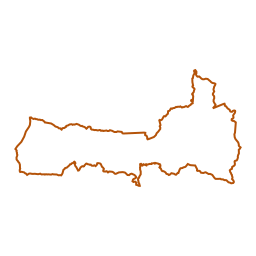 outline of Araguaína, Tocantins, Brazil
{"feature_id": "56859067B12286384319229", "entity_name": "Araguaína", "entity_type": "district", "adm_level": 2, "iso_a3": "BRA", "parent_name": "Brazil", "parent_adm1": "Tocantins", "projection": "orthographic", "projection_center": [-48.582, -7.252], "detail": "fine", "context": "isolated", "style": "outline", "palette": "amber", "viewbox_px": 256, "rotation_deg": 0, "n_neighbors": 0, "source": "geoboundaries", "source_scale": "gbopen_adm2", "svg_char_len": 5915}
<svg xmlns="http://www.w3.org/2000/svg" viewBox="0 0 256 256"><path d="M15.4,149.0L16.3,150.0L16.7,150.7L16.5,151.5L17.0,152.8L16.9,153.9L17.3,154.6L17.3,155.3L16.5,157.5L16.6,159.5L17.4,160.6L18.0,161.2L18.1,161.7L19.2,162.8L19.9,164.7L20.0,168.1L20.2,168.6L19.7,170.0L19.8,171.3L20.2,172.0L21.6,171.8L24.2,172.4L25.1,173.3L26.0,173.6L27.1,174.9L29.1,173.6L30.3,173.5L32.2,173.9L35.0,173.8L38.1,174.2L40.3,173.7L41.4,174.4L44.5,174.3L44.9,174.6L46.0,174.2L47.2,174.5L48.0,174.3L51.1,174.6L52.5,174.1L53.7,174.4L56.7,174.5L58.6,175.3L60.4,175.1L61.1,175.4L61.8,174.6L62.5,173.3L63.4,169.9L64.9,168.6L65.2,168.0L66.7,167.7L69.6,165.1L69.9,164.4L71.2,164.1L71.6,163.4L73.2,162.9L73.7,162.2L74.3,161.7L75.0,162.2L75.4,163.2L74.7,164.1L75.4,166.1L76.3,167.1L78.1,170.6L78.7,170.5L79.3,169.9L80.5,167.5L81.9,166.4L82.6,166.2L83.3,166.5L84.1,166.2L84.3,165.6L86.1,163.7L86.7,163.6L87.7,164.2L89.0,164.4L89.8,164.8L90.7,164.6L91.6,165.6L93.2,165.8L94.3,165.3L95.6,166.1L96.9,164.7L97.2,163.3L97.9,163.1L99.3,163.3L100.3,163.6L100.8,164.1L102.0,166.8L103.1,167.7L103.9,168.9L103.3,170.2L103.2,170.9L103.6,171.4L105.3,171.6L106.4,171.2L107.0,171.4L107.8,172.4L108.4,172.3L108.8,171.7L109.5,171.5L112.3,171.8L113.5,172.4L114.7,173.6L115.2,173.8L115.9,173.8L118.9,172.4L122.7,172.1L124.8,172.5L125.3,172.8L127.5,175.0L129.1,175.1L130.4,174.0L131.7,173.7L134.5,175.0L135.9,176.5L136.2,177.5L135.0,178.4L133.5,179.1L133.0,179.6L132.5,181.3L133.5,182.0L135.0,181.6L135.6,181.8L136.3,183.0L136.1,183.9L136.2,184.8L137.3,185.1L139.1,185.9L139.8,185.8L139.1,183.3L138.5,182.6L138.4,181.8L138.5,181.2L138.2,180.5L138.0,179.0L138.3,178.2L139.1,177.7L139.2,176.8L140.7,174.3L140.7,171.5L140.1,169.5L140.1,168.0L140.0,167.3L140.3,166.7L140.1,164.2L141.0,163.8L141.8,164.4L141.5,165.1L141.9,165.5L142.5,165.6L143.7,164.3L144.2,164.7L145.0,164.9L145.6,164.5L145.9,165.2L146.4,165.4L146.7,164.4L147.3,164.6L149.7,163.9L151.4,164.0L151.7,163.4L152.4,163.5L153.1,163.2L154.1,163.1L154.8,163.6L155.2,162.9L158.4,163.7L158.9,164.2L159.7,164.1L160.0,164.8L160.4,165.2L160.3,166.4L159.8,166.7L159.5,167.4L160.1,167.7L160.2,168.2L160.8,168.5L161.7,170.6L162.3,171.1L163.2,171.1L164.5,171.7L165.6,172.5L166.4,173.8L168.3,174.4L168.8,175.0L169.6,174.8L171.4,173.2L174.1,173.8L175.5,174.7L176.1,174.7L177.7,172.9L178.4,173.0L179.7,169.4L180.5,168.3L182.5,168.0L183.3,167.4L185.0,167.0L185.7,166.6L187.8,164.0L189.9,165.0L190.8,165.2L195.2,165.5L197.1,169.2L197.0,170.5L197.4,170.9L199.1,170.8L200.0,171.2L201.0,172.7L203.3,173.0L205.3,172.3L205.9,172.4L208.6,174.0L210.0,173.9L210.6,174.1L212.3,174.9L214.3,177.7L215.3,178.7L215.8,178.9L220.4,178.8L221.1,179.3L223.1,179.4L224.3,180.1L225.8,180.1L226.5,180.3L228.5,182.3L229.9,182.6L231.2,183.3L233.2,183.0L233.8,182.2L233.8,181.5L233.3,180.4L232.0,179.0L232.5,177.9L232.4,177.0L231.9,175.6L231.9,174.9L231.4,174.4L231.0,173.1L230.3,172.2L229.8,170.3L230.8,169.3L231.9,168.9L232.2,166.9L234.0,165.8L234.8,164.9L234.9,163.5L234.7,162.8L234.6,161.4L235.0,160.9L236.7,160.4L237.2,159.7L237.9,157.6L237.8,156.4L238.2,154.9L238.9,153.5L238.8,149.7L239.9,148.7L240.6,147.4L239.2,146.3L238.8,145.6L238.8,144.4L238.2,142.4L235.5,139.1L234.7,137.2L234.4,134.3L235.0,132.6L235.8,122.4L233.8,120.9L232.4,120.8L231.6,120.0L231.8,119.0L232.8,118.5L233.4,117.9L233.5,117.3L233.1,115.6L233.4,114.9L234.9,112.8L235.2,111.4L235.1,110.8L234.5,110.5L234.0,110.5L232.9,110.9L232.2,111.7L231.3,111.8L230.4,111.5L230.0,110.9L229.6,109.7L228.0,108.7L227.1,107.8L226.2,106.4L225.4,106.2L224.8,105.6L224.8,104.4L224.5,103.7L223.6,103.9L212.9,108.3L215.4,105.4L215.5,104.5L214.8,103.8L213.6,101.5L213.6,99.8L214.2,98.4L214.2,97.0L214.1,96.2L212.9,94.7L212.9,93.7L214.2,91.4L213.6,90.0L213.5,89.2L214.0,87.7L214.0,87.1L215.3,84.7L215.4,83.9L214.7,83.4L212.3,82.9L211.1,82.1L210.1,81.0L209.5,80.6L207.7,79.0L205.8,78.7L203.9,79.3L202.4,79.2L201.3,78.5L199.7,76.9L199.0,76.4L198.3,76.7L197.5,76.7L196.4,75.5L196.1,74.8L195.8,73.8L196.4,73.3L196.4,71.6L195.3,70.1L194.4,70.4L194.0,71.0L194.4,71.8L194.5,73.0L194.3,73.8L193.3,75.5L192.9,78.1L192.3,78.5L192.4,82.1L193.1,85.6L192.4,86.3L192.6,87.1L194.4,88.6L194.5,89.4L194.1,90.2L193.7,92.1L192.2,93.8L192.2,94.3L192.8,94.4L192.8,95.3L193.2,96.1L192.9,100.3L192.1,99.8L191.5,99.9L191.1,100.4L191.3,101.1L192.6,102.0L192.7,103.3L191.2,104.0L190.8,104.7L188.9,105.9L188.3,106.7L187.6,106.9L186.1,106.1L183.9,107.1L182.7,107.1L182.0,107.5L180.3,106.4L179.6,106.8L178.0,106.7L176.7,107.1L176.1,106.9L174.4,108.0L173.1,108.1L172.0,108.8L171.1,108.4L170.6,108.9L169.8,110.4L169.3,110.8L168.1,111.2L167.9,113.7L167.2,114.4L166.6,114.7L166.2,115.6L165.3,116.4L164.2,116.1L163.7,116.5L162.1,119.4L161.5,119.9L160.5,120.3L159.8,119.9L159.3,120.3L160.5,125.1L159.7,126.2L160.3,127.6L160.2,129.0L158.2,131.7L156.6,133.3L155.9,135.1L153.9,137.0L148.6,139.1L147.6,139.3L147.2,138.7L147.3,137.5L146.5,135.7L145.2,135.2L145.1,134.4L145.3,132.8L144.1,132.6L123.5,133.5L122.5,133.3L121.7,131.9L117.5,131.4L116.5,132.0L114.4,132.0L112.1,130.8L109.9,130.2L109.0,130.9L108.2,131.0L107.5,131.0L106.5,130.5L103.2,131.0L102.8,130.6L101.0,130.8L100.7,130.3L100.2,130.1L99.5,130.0L98.8,130.3L97.5,130.4L96.0,130.0L94.3,130.1L93.1,129.7L91.7,129.6L91.2,129.2L90.8,128.7L90.7,127.4L90.4,127.0L89.7,126.6L88.2,126.8L87.1,128.2L86.4,128.7L85.4,127.6L84.3,126.9L83.1,126.6L82.0,125.9L81.2,126.1L79.6,125.3L79.1,124.8L76.6,123.9L74.6,124.6L73.9,124.4L72.5,124.8L72.1,124.4L71.3,124.2L69.5,124.5L68.1,125.4L66.6,125.8L66.1,126.2L66.1,126.8L65.3,127.1L64.7,127.8L63.9,128.1L63.2,128.0L62.4,128.3L61.6,129.6L61.0,129.2L60.7,128.6L60.1,128.3L58.9,128.3L57.7,127.2L55.4,126.5L53.8,125.1L51.2,123.5L44.8,122.4L44.5,121.7L42.3,120.0L40.9,120.1L39.8,119.6L39.1,119.8L37.5,119.5L36.9,119.1L35.8,119.1L35.2,118.7L34.5,118.7L33.7,119.0L32.0,118.3L31.0,117.4L29.9,117.6L29.9,118.6L30.3,121.1L29.9,124.9L29.0,126.9L25.9,131.5L24.2,136.6L21.4,141.8L17.2,146.3L15.4,149.0Z" fill="none" stroke="#b45309" stroke-width="2"/></svg>